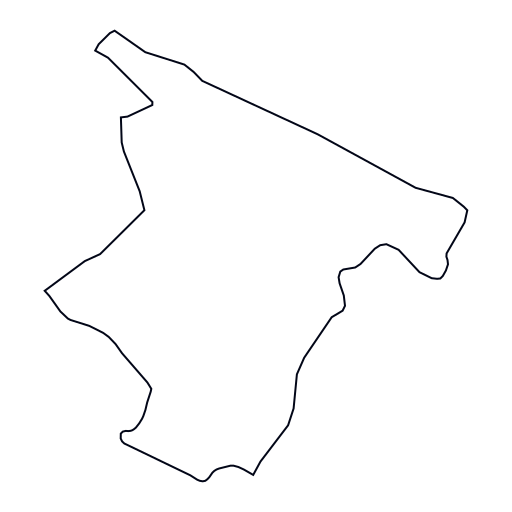 the Province of Barletta-Andria Trani
{"feature_id": "ITA-5405", "entity_name": "Barletta-Andria Trani", "entity_type": "Province", "adm_level": 1, "iso_a3": "ITA", "parent_name": "Italy", "parent_adm1": "", "projection": "mercator", "projection_center": [16.158, 41.179], "detail": "fine", "context": "isolated", "style": "outline", "palette": "ink", "viewbox_px": 512, "rotation_deg": 0, "n_neighbors": 0, "source": "natural_earth", "source_scale": "10m", "svg_char_len": 1308}
<svg xmlns="http://www.w3.org/2000/svg" viewBox="0 0 512 512"><path d="M114.6,30.7L145.3,52.2L184.4,64.6L193.8,72.1L202.3,80.9L317.7,134.3L415.6,187.8L452.9,198.0L463.9,206.8L467.3,210.3L464.6,222.4L446.6,253.4L446.4,256.7L447.5,260.0L448.0,264.3L445.9,270.5L442.8,276.0L440.3,278.5L437.1,278.8L431.7,278.2L419.5,272.2L398.6,249.8L386.4,244.2L380.2,245.2L374.8,248.7L360.5,264.0L355.2,267.5L343.3,269.5L340.3,271.6L338.6,277.2L339.6,283.3L343.8,295.5L345.0,305.8L342.6,310.7L331.7,317.2L304.2,357.7L296.9,374.3L293.6,408.5L288.1,425.3L260.5,461.5L253.2,474.9L243.8,469.5L238.4,467.0L233.6,465.7L230.4,465.7L219.1,468.5L216.5,469.5L214.3,470.9L212.4,472.7L209.3,477.2L207.4,479.2L205.3,480.8L202.7,481.3L199.8,480.8L197.2,479.7L190.3,475.3L124.3,443.5L122.1,441.4L120.7,438.5L120.8,433.6L122.8,431.6L125.7,430.9L128.4,431.1L130.7,430.8L132.4,430.2L134.1,429.1L135.9,427.6L139.2,423.4L142.1,418.7L143.3,416.1L145.4,410.0L147.2,402.4L150.7,391.7L151.3,388.8L147.4,382.5L122.0,353.2L115.6,344.1L108.8,337.0L103.2,332.9L89.3,325.9L70.6,320.0L67.9,318.6L60.4,311.5L49.3,295.9L44.7,290.8L84.8,261.1L100.1,254.1L144.4,210.2L139.7,191.3L123.9,151.5L121.7,142.5L120.9,117.4L127.5,116.6L152.3,105.0L152.4,102.0L108.0,57.7L95.2,50.6L98.7,44.2L109.9,33.1L114.6,30.7Z" fill="none" stroke="#020617" stroke-width="2"/></svg>